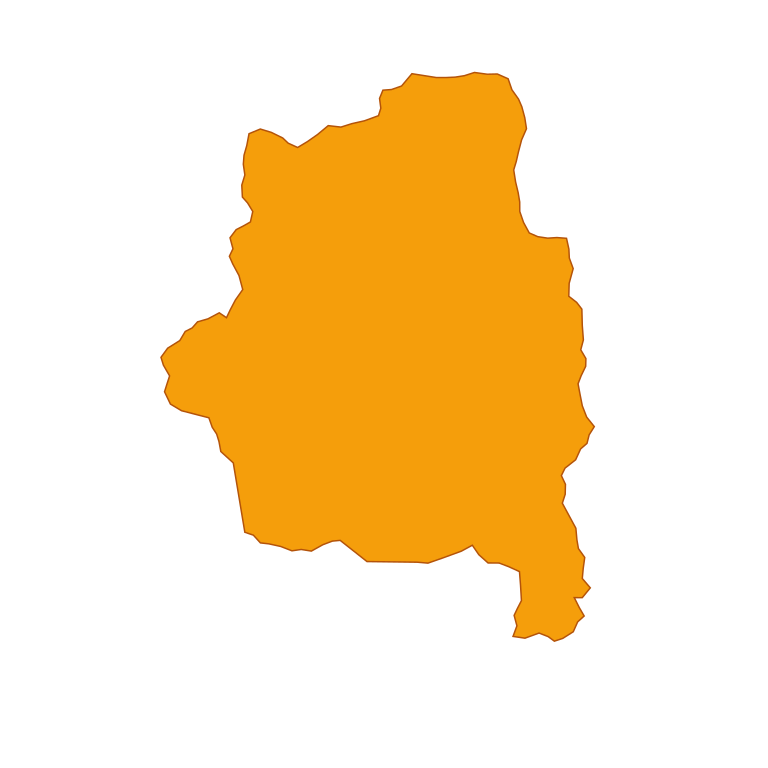 outline of Santo Antônio de Jesus, Bahia, Brazil, rotated 75°
{"feature_id": "56859067B58021421413718", "entity_name": "Santo Antônio de Jesus", "entity_type": "district", "adm_level": 2, "iso_a3": "BRA", "parent_name": "Brazil", "parent_adm1": "Bahia", "projection": "mercator", "projection_center": [-39.224, -13.018], "detail": "fine", "context": "isolated", "style": "filled", "palette": "amber", "viewbox_px": 768, "rotation_deg": 75, "n_neighbors": 0, "source": "geoboundaries", "source_scale": "gbopen_adm2", "svg_char_len": 2100}
<svg xmlns="http://www.w3.org/2000/svg" viewBox="0 0 768 768"><g transform="rotate(75 384 384)"><path d="M551.1,446.4L564.7,398.1L568.4,387.9L567.2,371.8L565.5,352.6L562.6,340.4L573.4,336.6L583.8,329.8L586.7,319.2L592.9,310.6L600.3,301.7L613.7,304.2L628.8,307.3L635.4,313.3L641.2,318.2L652.0,318.2L661.2,324.7L666.0,313.6L664.7,298.7L670.5,290.8L676.5,286.0L676.0,277.2L672.3,265.3L663.9,258.5L659.9,250.7L650.7,253.2L639.6,255.5L641.7,247.8L634.3,237.5L623.2,242.8L613.7,239.3L603.5,235.0L593.3,238.8L584.5,238.0L573.0,236.0L545.3,242.6L537.4,237.5L527.9,234.7L518.4,236.4L512.1,230.9L506.8,218.5L497.6,210.9L493.9,203.3L486.2,199.0L479.6,191.9L468.4,196.8L456.4,198.1L444.4,197.3L434.0,196.5L427.0,191.4L419.1,184.6L411.7,182.4L401.9,185.1L393.0,180.0L378.7,177.3L362.9,173.5L355.0,176.8L347.1,182.8L334.7,179.1L321.5,171.4L310.3,172.4L301.6,170.5L290.5,170.0L287.3,179.1L285.5,188.1L281.5,197.3L275.7,204.6L264.1,207.4L252.5,208.2L243.3,205.8L234.0,204.9L223.0,204.6L210.8,203.3L203.2,198.6L194.5,194.0L183.8,187.9L174.3,180.3L163.2,179.1L151.9,179.1L143.7,180.3L132.9,184.3L121.3,185.1L113.9,194.3L111.5,204.1L106.5,216.0L107.0,226.6L106.0,235.9L104.1,244.5L101.5,254.2L91.5,276.7L100.7,289.9L101.5,300.5L99.9,309.0L107.0,314.4L116.8,315.7L123.4,319.9L124.7,334.8L124.2,347.7L124.7,359.1L120.0,371.0L125.8,383.6L130.0,395.1L133.2,406.2L126.6,414.2L120.2,418.1L111.8,427.7L105.7,437.5L107.3,449.6L118.1,454.8L126.8,460.0L135.3,463.0L146.1,464.3L155.1,469.9L166.8,472.4L173.8,468.9L183.4,466.1L192.9,471.1L195.0,479.2L196.6,486.8L202.9,494.9L214.3,494.9L220.6,500.3L229.0,499.0L241.7,496.0L256.2,496.0L264.4,505.8L272.3,513.1L279.2,519.0L272.6,524.7L275.5,537.2L275.7,548.0L280.2,554.8L281.8,562.4L289.2,570.0L293.4,583.7L300.5,592.5L308.7,592.2L320.7,589.0L328.1,593.8L334.7,598.0L348.1,595.5L357.4,586.5L365.5,572.2L371.3,561.9L381.4,561.1L389.0,558.6L396.9,558.3L407.0,559.1L421.2,550.0L491.2,556.8L496.2,549.3L505.5,544.5L508.6,536.6L514.2,525.8L521.3,516.1L522.4,506.8L526.6,497.4L523.4,484.6L522.4,474.5L523.7,466.8L551.1,446.4Z" fill="#f59e0b" stroke="#b45309" stroke-width="1.5"/></g></svg>